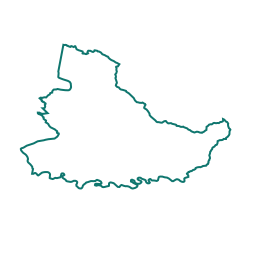 the district of Paquisha, Zamora Chinchipe, Ecuador, rotated 282°
{"feature_id": "8360857B20282725655414", "entity_name": "Paquisha", "entity_type": "district", "adm_level": 2, "iso_a3": "ECU", "parent_name": "Ecuador", "parent_adm1": "Zamora Chinchipe", "projection": "equal_earth", "projection_center": [-78.572, -3.961], "detail": "fine", "context": "isolated", "style": "outline", "palette": "teal", "viewbox_px": 256, "rotation_deg": 282, "n_neighbors": 0, "source": "geoboundaries", "source_scale": "gbopen_adm2", "svg_char_len": 5721}
<svg xmlns="http://www.w3.org/2000/svg" viewBox="0 0 256 256"><g transform="rotate(282 128 128)"><path d="M77.0,152.0L77.8,152.4L78.3,152.3L78.9,151.5L79.3,149.2L79.6,148.5L80.1,148.0L80.8,148.0L81.6,148.8L81.9,149.9L81.9,150.7L81.2,152.2L80.8,155.4L80.4,156.2L79.4,156.6L78.5,157.4L78.0,158.6L78.2,159.8L78.5,160.4L79.1,160.7L81.0,159.0L81.5,159.0L82.2,159.5L82.7,160.2L82.7,160.7L81.8,161.9L81.7,162.4L82.1,164.4L82.2,167.1L82.6,167.7L83.2,168.2L86.1,168.3L86.5,168.5L86.8,168.7L87.3,169.9L87.6,171.8L87.4,174.1L87.6,176.6L87.0,178.7L85.2,182.2L85.4,183.3L87.3,185.3L87.9,186.1L88.1,186.8L88.0,188.4L87.0,190.2L86.7,191.4L86.6,192.4L86.8,193.4L87.3,194.1L87.9,194.3L90.2,193.6L90.6,193.8L91.1,194.3L92.7,197.2L94.2,196.8L95.3,195.3L95.7,195.1L96.0,195.3L96.6,196.0L97.6,196.3L97.7,197.1L98.7,197.9L99.1,199.2L100.6,200.5L100.9,201.4L102.0,202.5L102.9,202.5L103.9,203.9L104.6,205.8L104.7,207.0L106.0,208.9L106.4,209.2L107.4,212.3L107.8,212.5L108.5,212.6L109.4,213.7L110.1,213.6L110.7,214.0L112.2,213.6L113.5,214.2L114.0,214.0L115.1,214.5L116.4,214.2L118.2,213.2L120.0,213.5L122.0,213.4L122.5,213.8L123.4,213.9L124.7,214.7L125.8,214.6L126.6,215.0L127.8,216.4L129.5,217.2L129.9,218.1L130.2,218.4L131.9,218.7L133.8,218.4L135.2,220.3L135.5,221.7L136.1,223.1L137.2,223.8L137.6,226.1L138.8,226.0L140.1,227.3L142.1,228.3L143.1,228.5L145.9,228.0L147.6,228.5L148.1,228.1L148.8,226.8L150.5,225.7L152.1,225.1L153.1,225.1L154.4,223.8L154.6,222.6L156.2,220.4L156.5,219.1L154.9,219.6L154.1,219.2L153.4,218.2L153.1,217.1L151.7,215.9L151.5,214.4L151.0,213.2L150.9,211.2L150.6,210.6L149.0,209.2L148.8,207.9L148.1,206.6L146.7,205.8L145.5,204.6L142.4,205.1L141.3,203.9L140.4,203.3L139.3,202.0L139.1,201.4L138.7,201.3L138.5,199.3L138.8,197.5L138.7,196.1L137.5,194.1L137.4,193.8L137.9,190.8L138.8,189.1L139.0,187.4L139.9,186.0L140.4,182.6L140.8,181.7L140.4,181.0L140.1,179.4L140.5,177.4L140.2,175.1L141.0,174.6L141.2,174.1L141.3,170.3L141.7,169.1L140.9,166.4L141.7,164.7L142.5,163.9L142.7,163.5L142.2,162.1L140.3,160.2L140.1,159.3L140.1,156.7L139.8,155.4L140.1,154.5L141.1,153.2L143.9,148.0L145.1,146.5L146.6,146.0L148.7,143.9L150.0,142.2L150.3,141.1L150.9,139.8L151.1,139.6L152.6,139.7L154.3,140.3L155.1,139.6L155.2,138.8L155.9,137.0L155.4,136.1L155.1,134.2L155.2,132.4L155.1,131.2L156.4,129.1L158.5,127.4L162.1,121.6L163.1,118.8L163.9,118.3L164.2,115.1L164.2,113.0L164.6,112.0L165.7,110.7L166.0,108.6L167.0,107.3L168.3,107.3L169.5,107.7L170.3,107.6L174.3,105.3L175.1,105.6L176.2,105.4L177.8,104.4L179.0,105.1L181.0,105.3L182.4,104.5L183.9,104.4L185.2,103.6L185.6,103.8L186.2,105.3L188.6,106.3L189.4,103.6L189.5,102.5L190.5,100.2L191.0,97.6L191.8,95.7L192.7,94.3L193.0,94.2L193.6,93.5L193.7,92.2L194.4,90.2L194.8,87.6L196.2,85.8L196.8,83.6L196.6,82.6L197.1,81.9L197.1,79.4L197.0,79.1L196.1,79.0L195.1,78.0L195.2,76.9L195.7,75.1L195.3,73.1L194.9,72.8L193.8,72.6L193.4,72.6L192.8,73.4L192.5,73.2L192.2,72.4L191.8,72.2L191.6,71.8L191.5,71.0L191.8,70.1L191.4,68.5L191.5,68.1L192.3,68.2L193.4,67.7L193.6,66.1L193.8,63.6L194.3,61.4L197.0,59.5L197.0,59.1L195.9,58.1L196.3,55.9L196.3,55.4L195.5,55.0L195.3,54.7L195.6,52.7L195.9,52.0L195.7,51.5L196.3,50.6L196.3,49.5L195.8,48.1L195.9,47.5L168.7,48.1L167.9,48.5L166.8,48.8L163.4,49.2L163.0,49.6L162.7,50.4L162.1,54.3L161.6,59.4L161.0,61.4L159.7,62.7L156.2,63.8L155.6,63.8L154.6,63.6L153.4,63.1L152.7,62.3L152.4,61.4L151.9,58.5L151.5,54.2L151.5,51.0L150.8,49.8L150.2,47.5L149.8,47.1L148.7,46.5L147.9,46.3L146.9,46.5L146.0,44.7L144.6,44.5L143.4,43.1L141.2,41.8L140.8,41.5L140.8,40.4L140.4,39.3L139.7,38.0L139.5,36.2L138.7,35.4L138.2,36.2L138.8,36.8L137.9,37.5L137.0,37.6L136.4,38.1L136.2,38.5L136.6,38.6L135.9,39.4L135.8,40.6L135.3,41.0L135.0,42.1L134.8,42.3L134.5,42.4L133.3,41.8L132.1,42.5L130.6,42.4L129.7,41.4L129.5,40.5L125.8,46.3L124.1,41.8L124.1,39.6L124.6,38.1L124.5,37.7L124.3,36.6L123.6,36.8L123.1,37.6L122.9,39.5L122.2,41.6L121.2,42.4L120.9,43.3L119.5,43.5L118.8,44.7L118.4,46.0L118.2,46.3L116.4,46.3L116.1,47.5L115.3,49.2L113.8,50.4L112.6,52.1L111.4,56.8L110.7,57.9L110.3,59.1L109.9,59.5L108.9,59.4L108.5,59.6L108.3,60.2L108.4,61.2L107.8,61.6L105.7,61.0L104.6,60.4L102.4,58.4L100.5,52.5L99.4,49.9L98.5,48.2L96.2,42.4L93.3,38.9L89.7,32.7L87.0,29.8L86.0,28.0L85.5,27.6L85.2,27.5L84.1,28.0L83.4,28.7L82.0,30.5L80.8,33.3L80.1,34.3L78.8,35.6L77.3,36.5L76.3,36.7L75.7,36.5L74.5,36.8L73.6,37.5L72.1,40.1L70.3,42.3L68.9,42.8L68.3,43.2L68.2,43.6L63.3,43.7L63.5,44.9L64.6,46.2L64.7,46.8L64.3,47.9L63.0,49.5L63.0,50.2L66.3,53.0L67.0,54.2L67.7,56.1L68.1,58.3L68.1,59.1L68.0,59.6L67.2,60.9L66.4,61.4L62.8,61.8L62.6,62.2L62.4,64.8L62.6,65.3L64.1,67.2L64.2,68.9L65.6,71.9L66.5,72.3L69.3,72.4L69.9,72.9L70.1,73.9L69.9,74.7L68.9,75.5L68.7,75.4L67.1,73.8L66.3,74.0L65.8,74.3L65.3,75.3L64.4,77.7L63.3,78.8L63.2,79.7L63.3,82.8L63.7,84.1L65.1,86.0L65.4,87.4L65.3,88.5L65.1,89.0L64.5,89.6L63.2,89.6L61.7,89.2L60.5,89.7L60.2,90.4L59.1,92.1L58.9,92.7L58.9,93.7L59.2,94.9L59.8,95.4L60.9,95.8L62.4,95.9L64.2,97.1L65.0,98.0L65.7,98.2L66.2,98.8L66.5,99.6L68.4,102.8L68.9,105.5L69.4,107.1L70.5,108.0L70.8,108.5L70.6,110.5L70.0,112.5L69.0,113.4L68.3,113.5L67.4,112.7L66.8,108.1L66.2,107.5L65.3,107.5L65.1,107.7L65.0,109.0L65.9,110.8L66.0,111.8L66.0,113.5L65.0,115.2L65.0,116.1L65.5,117.5L66.4,119.2L67.2,121.1L67.5,121.4L69.6,121.0L70.4,121.2L71.1,122.1L71.2,122.9L71.1,124.9L70.9,125.8L68.3,130.2L68.5,131.9L70.2,132.7L70.9,133.5L70.8,134.8L70.6,135.5L70.5,137.6L70.9,139.1L70.9,140.7L70.6,142.0L69.9,143.7L69.8,144.3L69.8,145.3L70.8,147.3L71.6,148.3L72.5,149.1L73.6,149.3L74.2,148.7L74.6,147.8L75.4,144.6L76.0,143.5L76.2,142.1L76.6,141.9L77.6,141.8L78.0,142.1L78.3,142.7L77.9,144.8L77.7,145.2L76.1,146.1L75.7,146.8L75.4,148.4L75.7,150.4L76.2,151.3L77.0,152.0Z" fill="none" stroke="#0f766e" stroke-width="2"/></g></svg>